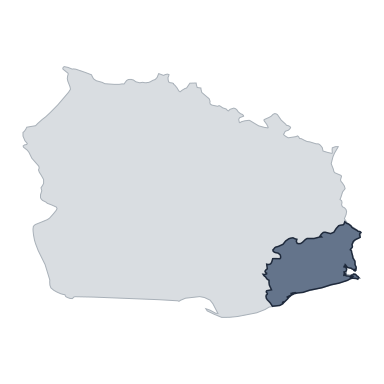 location of West Pomeranian within Poland, rotated 180°
{"feature_id": "POL-3142", "entity_name": "West Pomeranian", "entity_type": "Voivodeship", "adm_level": 1, "iso_a3": "POL", "parent_name": "Poland", "parent_adm1": "", "projection": "natural_earth1", "projection_center": [15.248, 53.587], "detail": "fine", "context": "in_parent", "style": "filled", "palette": "slate", "viewbox_px": 384, "rotation_deg": 180, "n_neighbors": 0, "source": "natural_earth", "source_scale": "10m", "svg_char_len": 6932}
<svg xmlns="http://www.w3.org/2000/svg" viewBox="0 0 384 384"><g transform="rotate(180 192 192)"><path d="M342.8,208.8L344.7,211.8L345.5,214.1L344.8,216.0L345.2,217.8L352.2,225.8L355.0,231.6L356.7,233.8L360.5,236.8L360.9,238.0L359.5,239.1L357.3,239.5L356.7,240.5L359.1,243.3L361.0,247.9L361.0,251.6L359.7,252.6L358.2,254.8L357.2,256.8L348.4,258.3L346.3,260.5L341.6,264.7L338.4,267.1L333.7,271.5L326.2,279.1L315.4,291.8L313.5,294.8L314.0,297.2L316.2,302.9L316.7,305.4L316.4,307.8L315.8,309.9L316.0,310.8L321.0,314.8L321.2,315.6L320.8,316.6L319.8,317.4L316.0,316.6L311.8,314.9L310.4,315.1L308.2,314.8L298.8,311.6L292.5,309.2L291.8,307.6L290.5,305.2L287.8,303.3L281.7,301.6L279.2,300.3L269.3,299.6L265.0,299.6L262.0,300.1L260.0,300.0L257.4,303.5L255.6,304.5L252.9,304.6L250.6,304.0L248.1,302.2L244.2,301.2L241.4,301.7L239.4,301.3L237.6,301.2L237.0,301.5L235.6,301.5L233.5,302.3L231.3,303.6L228.8,304.5L226.9,306.5L225.3,310.4L220.4,308.6L218.8,309.4L216.6,309.9L215.0,309.4L215.3,308.0L216.0,306.5L215.9,304.4L215.4,302.1L213.9,301.3L211.7,301.0L210.5,300.5L210.4,299.8L209.2,298.8L207.1,296.3L205.2,293.1L203.9,292.2L202.0,293.7L199.2,295.4L197.4,296.0L194.1,300.8L187.9,301.0L187.5,298.7L186.8,296.5L183.1,296.0L183.0,294.7L182.2,291.5L174.8,285.2L173.9,282.6L174.2,281.6L173.7,279.9L172.1,278.9L166.3,277.7L164.9,278.4L163.5,277.7L161.4,276.2L157.8,275.0L157.4,274.4L156.1,273.3L155.4,273.1L154.9,273.8L153.9,274.7L150.2,275.9L148.7,275.4L147.3,274.4L145.8,272.2L143.5,270.3L141.7,269.6L140.6,268.6L140.4,267.8L144.4,266.3L145.3,264.6L144.7,261.7L144.1,261.3L142.5,262.3L139.1,263.2L136.0,263.6L134.4,263.6L125.4,258.2L119.6,256.6L116.1,256.1L115.8,256.7L117.3,259.7L120.0,263.4L119.9,264.4L114.9,266.6L112.8,267.8L111.0,269.6L109.4,270.4L108.0,270.2L106.6,269.4L102.8,263.9L98.2,259.7L97.6,258.7L96.1,258.5L94.1,257.5L93.4,256.3L94.4,254.9L95.8,253.7L98.3,252.9L99.1,252.2L99.5,251.1L100.5,249.7L100.2,249.2L98.4,247.7L95.8,246.2L88.4,247.3L86.4,248.1L85.3,247.1L84.4,245.5L82.6,245.3L80.0,243.9L77.0,242.5L74.1,242.1L68.0,240.2L65.6,240.1L64.3,239.4L62.9,237.9L61.7,236.3L61.0,233.0L56.5,231.6L52.1,230.6L51.7,231.1L51.9,234.4L51.7,236.2L48.7,237.3L45.8,237.4L46.0,236.8L49.5,230.9L51.1,227.1L52.8,220.3L50.7,214.9L50.1,212.4L49.1,211.2L43.0,208.6L42.5,207.7L43.5,204.1L43.0,202.6L41.6,201.0L39.6,197.9L38.9,195.3L41.4,192.1L43.1,186.7L44.0,184.5L42.4,183.3L42.0,181.6L42.4,179.1L41.6,177.3L39.4,176.1L38.0,174.5L37.4,172.5L37.9,169.5L39.6,165.3L36.1,160.2L27.4,154.4L23.2,150.2L23.6,147.9L25.4,145.8L28.7,143.9L31.3,140.5L32.7,136.5L32.8,132.9L29.0,121.2L28.4,118.3L27.7,113.8L35.3,116.3L38.5,117.6L38.1,116.1L37.5,114.7L37.9,112.8L37.7,109.8L30.8,108.3L26.3,107.8L25.8,105.7L26.2,104.4L27.5,105.2L32.0,105.5L43.0,101.5L62.0,96.3L82.3,91.4L87.0,90.9L91.8,89.9L93.5,88.1L95.3,86.8L98.0,83.6L104.1,78.7L114.9,76.9L118.9,74.5L127.3,71.2L146.4,67.5L154.4,66.7L162.3,66.6L169.3,69.5L176.8,73.1L178.2,75.3L174.1,73.9L168.2,70.7L166.1,70.6L171.2,80.4L174.0,83.9L179.6,86.5L184.3,87.4L198.5,85.8L203.5,83.7L205.0,82.7L206.3,83.2L225.0,84.3L290.1,86.9L308.8,87.3L309.9,87.1L311.7,85.4L314.1,85.6L316.8,86.6L318.2,87.4L318.7,88.3L319.1,89.3L320.6,89.5L323.4,90.3L327.2,92.0L330.2,93.7L333.1,96.1L334.1,98.9L334.3,102.0L334.2,104.0L338.9,119.4L345.8,133.4L348.4,140.2L349.5,143.8L350.5,149.1L350.9,152.8L351.0,154.9L350.6,157.7L348.8,159.4L336.8,164.3L334.5,165.8L331.1,169.6L327.9,173.5L327.2,174.8L327.0,175.7L327.8,177.0L332.2,179.0L336.7,180.7L338.2,182.0L341.5,183.6L342.8,185.0L343.5,186.3L343.5,189.2L342.2,193.2L343.0,196.2L341.6,198.3L340.4,200.5L340.4,204.5L342.8,208.8Z" fill="#d9dde1" stroke="#a8b0b8" stroke-width="1"/><path d="M39.2,162.3L37.3,160.6L35.3,160.0L34.3,159.0L33.7,158.8L33.3,158.5L32.2,156.7L31.7,156.3L28.1,154.2L27.2,153.8L26.1,152.8L25.4,152.6L24.7,152.6L24.0,152.4L23.4,152.0L23.0,151.4L23.9,150.8L24.3,150.3L24.4,149.5L24.4,149.0L24.0,147.4L23.8,147.0L23.8,146.7L25.4,145.8L27.4,145.0L29.4,143.8L30.4,142.9L30.9,142.2L31.0,141.8L32.0,139.4L31.9,138.8L31.7,138.1L31.6,137.5L31.7,136.9L31.9,136.4L32.3,136.0L32.6,135.8L32.9,135.5L33.7,134.2L33.3,133.9L33.2,133.7L32.7,133.3L32.5,133.1L32.4,132.7L32.4,131.9L32.3,131.5L32.1,130.7L31.4,128.2L31.1,126.0L30.4,125.1L30.0,124.2L29.2,123.2L29.0,122.4L29.0,121.4L29.0,119.8L29.0,119.4L28.3,117.8L27.8,116.9L27.9,116.3L27.9,115.1L28.2,115.0L28.8,114.8L29.3,114.5L29.3,114.2L28.7,113.9L29.1,113.7L29.1,113.4L28.7,113.3L28.9,113.0L29.3,113.2L29.7,113.4L30.1,113.6L30.5,114.4L31.0,114.7L31.9,115.0L32.6,115.6L32.9,115.8L34.4,116.0L36.2,116.5L36.8,116.9L37.3,117.4L38.4,119.0L38.8,119.4L39.0,118.6L39.1,118.2L39.4,117.9L39.9,117.7L39.8,117.3L39.9,117.1L39.5,117.0L38.7,116.9L38.3,116.8L37.3,114.9L37.5,113.9L38.3,112.1L38.7,112.3L39.0,112.3L39.4,112.1L39.9,112.1L39.7,111.0L39.8,110.2L40.0,109.4L40.1,108.6L39.9,108.6L39.8,109.1L39.6,109.4L38.8,110.0L39.0,110.3L38.7,110.2L38.4,110.1L38.1,109.8L38.3,109.6L38.6,109.3L38.8,109.2L38.3,108.4L37.5,108.1L33.8,107.8L33.3,107.4L33.7,106.5L33.6,106.4L33.2,106.7L32.9,106.7L32.7,106.6L32.3,106.5L32.0,106.6L31.8,106.8L31.5,107.1L31.2,107.4L32.2,107.5L32.8,107.7L33.1,108.0L33.0,108.5L32.6,108.9L32.2,109.0L31.9,108.9L31.0,109.3L30.6,109.4L30.1,109.5L30.1,109.8L30.5,109.9L30.5,110.0L30.1,110.0L29.8,110.0L29.2,109.8L28.8,109.8L28.3,109.5L26.7,107.7L25.9,107.4L25.6,106.8L25.0,106.2L25.3,106.2L25.6,106.0L26.2,104.9L26.7,105.1L27.1,105.3L28.1,105.6L31.4,105.8L32.7,105.6L34.0,105.1L36.4,103.7L45.2,100.8L52.8,99.3L62.0,96.3L68.0,95.1L74.5,93.8L81.0,91.6L86.3,91.1L90.0,90.2L89.6,90.5L87.9,91.0L88.6,91.4L91.6,91.0L91.6,90.8L91.3,90.8L91.3,90.5L92.9,90.5L92.9,90.3L92.9,90.2L92.7,90.2L92.7,89.5L92.0,89.5L90.2,89.9L91.3,89.5L92.7,88.8L94.7,87.0L94.3,87.6L93.6,88.2L93.3,88.5L93.6,88.4L94.2,88.3L94.7,88.2L95.2,87.8L96.3,87.3L96.8,87.0L96.4,86.4L95.7,86.3L95.4,86.6L94.9,87.0L96.3,85.2L100.1,81.5L100.0,82.1L100.3,82.2L100.8,82.1L101.3,81.7L101.5,81.1L101.3,81.0L100.8,81.1L100.3,81.5L101.0,80.4L102.2,79.6L104.4,78.5L111.3,77.8L111.5,77.7L111.6,77.8L113.9,81.3L116.7,84.2L117.7,85.8L118.0,87.8L117.7,89.0L116.8,89.6L116.6,90.4L116.9,91.0L117.6,91.7L117.7,92.7L117.2,93.3L112.5,94.2L114.7,99.0L115.0,101.4L115.0,103.7L116.4,104.5L117.2,105.2L118.5,107.2L119.5,107.8L120.2,108.6L120.9,109.7L119.0,109.5L117.4,110.1L117.4,110.9L118.1,111.1L118.7,111.9L119.0,112.8L118.1,114.1L116.7,115.2L117.3,119.8L116.0,119.5L114.8,119.6L113.6,120.0L112.7,121.1L112.1,122.5L111.3,125.3L110.3,125.4L104.1,125.3L103.4,126.1L103.4,127.8L103.9,129.3L106.0,130.9L108.6,131.4L109.8,131.9L110.9,132.9L111.1,134.1L110.1,135.1L109.3,136.2L108.3,136.9L105.9,137.5L101.0,139.7L98.4,143.0L95.1,145.3L93.1,145.9L91.0,146.2L89.0,145.2L87.1,144.7L87.7,142.7L86.8,140.6L85.1,140.3L83.3,140.5L81.6,141.6L78.6,144.5L76.9,145.5L70.0,145.5L64.3,147.0L62.4,147.1L63.1,147.8L64.0,147.9L62.7,149.8L60.7,151.6L58.9,151.8L53.4,150.4L50.1,151.8L47.9,155.4L45.3,158.3L43.6,158.8L40.8,159.2L40.0,160.0L39.2,162.3Z" fill="#64748b" stroke="#1e293b" stroke-width="1.5"/></g></svg>